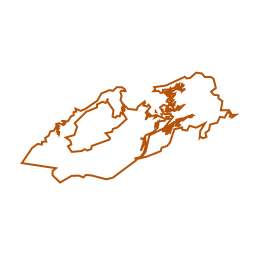 the district of Chepigana, Darién, Panama, rotated 85°
{"feature_id": "35544464B97743116241572", "entity_name": "Chepigana", "entity_type": "district", "adm_level": 2, "iso_a3": "PAN", "parent_name": "Panama", "parent_adm1": "Darién", "projection": "mercator", "projection_center": [-78.199, 8.103], "detail": "fine", "context": "isolated", "style": "outline", "palette": "amber", "viewbox_px": 256, "rotation_deg": 85, "n_neighbors": 0, "source": "geoboundaries", "source_scale": "gbopen_adm2", "svg_char_len": 5773}
<svg xmlns="http://www.w3.org/2000/svg" viewBox="0 0 256 256"><g transform="rotate(85 128 128)"><path d="M118.5,180.6L108.2,168.2L104.8,157.1L101.9,156.9L99.7,151.0L101.1,148.1L96.9,145.2L99.4,146.4L109.0,141.0L115.4,142.4L116.7,139.5L115.1,138.1L115.7,135.2L112.2,133.9L113.7,132.1L111.4,132.1L110.4,131.4L109.9,129.9L109.7,131.5L109.0,131.3L108.7,130.4L108.3,130.6L108.6,132.2L108.3,132.5L107.7,132.1L107.4,131.2L107.5,130.4L107.2,131.5L106.8,131.7L106.2,131.5L105.7,130.3L99.5,133.0L95.5,131.6L91.7,132.5L90.2,131.3L91.1,127.3L89.3,127.7L86.9,130.4L86.4,135.5L89.7,139.7L88.7,143.2L91.3,151.5L98.2,156.3L105.3,168.8L106.8,173.6L104.2,178.6L107.1,178.1L107.5,180.8L110.7,181.1L111.3,183.6L116.2,187.3L115.0,194.0L115.7,190.7L116.9,191.5L116.8,190.6L117.1,190.2L119.0,189.8L116.9,190.7L119.5,191.9L117.3,196.0L117.7,199.1L119.3,199.1L119.0,198.2L119.7,196.8L119.9,196.7L119.4,198.3L122.0,197.2L122.2,197.6L121.9,198.2L122.3,198.7L123.5,197.8L123.9,197.6L125.3,198.6L125.2,198.2L125.5,197.6L125.4,197.3L126.3,196.8L127.8,197.2L128.1,197.3L128.1,197.5L127.7,197.6L128.0,198.1L127.5,199.3L127.7,197.5L128.1,197.4L126.3,196.9L125.3,198.7L122.2,198.7L121.8,198.3L121.8,197.4L119.7,198.9L124.2,202.0L124.7,205.7L128.8,207.8L130.8,211.5L134.4,210.6L134.3,214.8L137.0,215.3L136.0,219.4L139.4,225.1L153.7,236.8L161.8,203.3L164.3,206.9L168.5,207.3L176.4,200.4L170.8,188.4L171.1,181.2L173.3,176.8L171.1,174.1L172.1,168.4L177.2,154.1L176.2,147.5L160.9,122.7L158.9,123.3L158.1,118.3L153.6,114.2L145.7,111.3L140.8,111.9L143.2,112.0L151.9,117.3L141.6,112.9L139.3,116.5L140.1,113.1L136.8,111.1L134.3,103.3L130.5,98.6L127.3,100.0L128.2,99.7L129.2,100.9L127.4,100.6L127.1,99.9L128.6,97.9L124.3,96.8L126.2,98.9L126.2,99.6L125.6,100.1L125.8,100.4L125.7,100.8L125.5,100.0L126.1,98.8L124.2,97.8L123.9,90.8L122.5,89.4L118.3,97.5L119.4,98.8L120.1,100.6L117.6,99.0L118.1,103.5L116.3,105.0L118.5,105.2L118.0,107.4L119.8,108.3L121.4,109.9L117.4,107.8L117.3,106.4L116.9,106.7L117.0,107.4L116.9,107.4L116.9,107.5L116.1,105.3L115.9,107.5L113.7,107.1L115.0,108.5L114.3,109.0L109.1,104.0L106.6,105.6L108.2,107.1L106.9,110.7L104.5,108.9L103.0,109.1L107.8,116.4L110.7,117.8L109.0,126.3L104.4,130.1L106.0,130.1L106.7,131.5L107.6,130.3L108.3,132.4L108.2,130.5L108.7,130.3L109.5,131.3L109.6,130.1L109.9,129.8L112.0,132.1L118.9,128.6L126.5,138.4L127.7,143.2L130.4,144.2L131.2,150.8L136.4,146.8L137.9,147.4L142.7,165.6L145.7,166.5L146.9,170.5L145.3,173.1L146.9,176.0L146.9,186.1L141.0,189.4L139.4,185.9L135.6,186.6L132.1,190.9L130.3,182.0L122.4,178.6L118.5,180.6ZM80.1,49.7L78.8,55.3L83.6,61.8L83.7,65.4L81.9,66.8L89.0,86.5L89.6,98.3L91.8,97.5L93.6,99.4L93.8,94.4L96.0,92.3L95.7,90.4L93.0,89.9L93.2,83.2L91.9,82.2L93.1,81.8L91.5,77.4L88.0,75.1L90.0,75.5L88.6,73.2L90.8,73.9L91.7,71.4L91.1,70.2L90.7,70.9L89.0,70.7L88.8,70.4L91.0,70.1L89.5,68.2L91.3,69.6L91.9,71.3L91.5,72.7L92.0,71.9L96.1,71.2L94.5,70.1L94.0,67.5L96.2,71.1L96.0,71.5L93.5,72.3L92.1,72.1L91.8,72.8L92.2,75.7L92.5,74.4L93.5,73.4L94.5,73.3L93.1,76.6L94.8,79.4L95.5,89.0L100.0,85.4L99.3,83.7L97.7,85.2L96.8,84.0L96.6,85.9L96.1,85.2L96.6,82.0L97.8,80.0L98.2,79.8L97.8,78.7L98.8,79.5L97.4,84.1L98.7,82.3L100.5,84.1L101.5,82.8L100.5,80.3L99.0,79.5L98.2,77.6L101.9,81.3L102.5,84.5L103.7,83.6L103.1,86.1L105.0,87.2L106.7,83.5L106.2,83.6L104.4,82.0L105.4,81.9L104.1,80.7L104.2,80.3L107.3,83.4L108.9,81.3L105.6,78.0L108.9,80.6L109.4,78.9L109.4,81.4L111.3,81.2L107.9,85.1L112.3,87.1L113.9,78.9L110.4,76.3L111.8,74.1L110.8,73.1L112.6,74.2L110.3,71.6L110.2,70.7L114.6,75.9L113.6,76.7L115.2,80.4L113.2,83.5L114.4,83.1L115.4,87.7L114.4,89.2L113.5,87.1L112.5,88.4L109.7,87.1L108.0,90.6L110.3,94.3L113.5,92.7L112.0,91.4L114.0,92.5L117.6,90.3L117.2,83.5L117.7,85.7L120.8,82.1L129.5,90.5L129.2,86.8L126.1,81.9L126.5,79.7L125.5,79.6L124.7,79.3L123.9,78.5L123.8,78.1L123.1,73.3L124.3,73.2L123.2,71.6L121.4,66.6L122.4,65.1L121.5,65.0L121.2,64.7L120.5,62.8L121.0,62.1L121.5,64.9L122.5,65.1L122.1,64.1L122.3,63.2L123.3,63.3L122.4,63.3L122.7,64.3L122.4,66.3L121.5,66.5L125.2,72.6L125.1,75.3L128.7,78.0L129.7,76.0L130.4,77.0L129.9,80.3L127.9,79.3L126.6,80.6L126.9,82.9L129.0,84.8L130.1,83.1L129.9,82.9L129.1,83.2L128.7,83.1L128.1,82.4L127.8,82.1L127.7,82.0L130.1,82.9L130.2,84.2L129.0,85.1L130.4,85.9L130.9,86.8L131.1,85.1L132.3,85.4L131.1,84.1L133.0,85.1L131.0,87.0L129.5,85.7L130.9,88.3L131.9,88.7L132.0,87.8L132.5,87.8L132.1,89.5L133.4,88.6L135.2,89.1L133.9,87.8L133.6,86.1L133.9,85.5L135.6,86.3L133.9,86.6L135.5,89.2L136.0,87.7L136.5,89.3L137.8,88.6L136.6,89.5L137.9,91.5L136.2,89.5L132.8,89.6L134.3,91.1L134.4,94.3L132.6,91.2L132.8,90.9L133.1,90.7L133.7,91.0L133.7,90.5L131.0,89.2L130.8,90.9L137.2,107.3L153.2,112.5L158.8,117.6L159.8,122.8L158.2,111.9L153.9,97.5L150.6,96.2L149.3,90.7L146.4,87.6L133.2,81.9L132.2,74.0L134.4,74.1L135.7,69.3L131.2,66.5L133.6,60.1L130.0,50.8L137.3,56.3L144.1,57.5L143.1,56.4L144.8,54.3L143.8,50.6L139.5,51.3L137.2,47.5L131.7,45.9L130.5,38.6L124.9,35.4L126.1,30.9L120.9,27.3L123.0,24.4L125.4,25.6L126.7,23.7L124.2,19.2L124.1,23.3L119.0,25.8L118.5,34.0L109.4,31.6L106.5,35.3L103.4,35.0L102.4,39.6L99.1,42.1L95.8,37.0L86.6,38.4L84.5,40.7L83.9,47.1L80.1,49.7ZM125.4,77.3L124.8,79.2L127.3,78.6L127.2,77.9L125.4,77.3ZM120.5,86.2L120.2,88.8L122.0,89.2L121.9,87.8L120.5,86.2ZM140.8,112.4L139.8,111.8L138.3,111.6L140.8,112.4ZM122.3,86.1L121.6,87.4L122.5,87.3L122.3,86.1ZM133.2,91.8L133.0,90.8L132.7,91.1L133.2,91.8ZM124.4,74.8L123.6,74.2L124.2,75.0L124.4,74.8ZM90.1,74.9L90.7,75.0L90.5,74.2L90.1,74.9ZM91.0,75.4L90.4,75.8L90.9,76.3L91.0,75.4ZM114.6,98.7L114.0,99.0L114.5,99.1L114.6,98.7ZM112.6,76.3L113.2,76.0L112.6,75.5L112.6,76.3ZM91.8,73.3L91.3,73.6L91.5,74.2L91.8,73.3ZM112.9,75.1L112.3,75.2L112.4,75.9L112.7,75.2L113.3,75.9L112.9,75.1ZM117.9,93.2L117.3,93.0L117.2,93.5L117.9,93.2Z" fill="none" stroke="#b45309" stroke-width="2"/></g></svg>